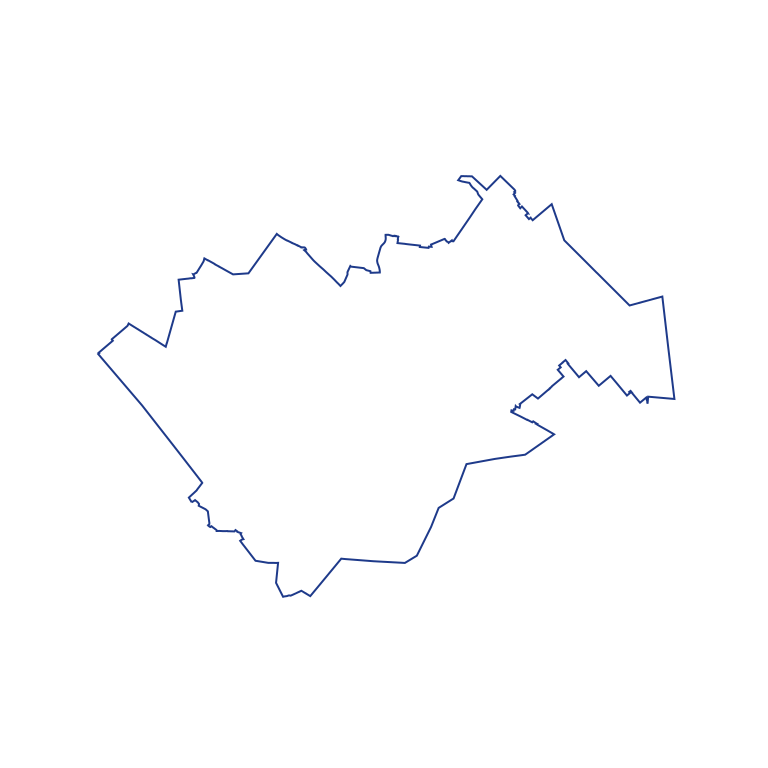 outline of Midden-Drenthe, Drenthe, Netherlands, rotated 107°
{"feature_id": "6326949B32039619343175", "entity_name": "Midden-Drenthe", "entity_type": "district", "adm_level": 2, "iso_a3": "NLD", "parent_name": "Netherlands", "parent_adm1": "Drenthe", "projection": "orthographic", "projection_center": [6.517, 52.871], "detail": "fine", "context": "isolated", "style": "outline", "palette": "blue", "viewbox_px": 768, "rotation_deg": 107, "n_neighbors": 0, "source": "geoboundaries", "source_scale": "gbopen_adm2", "svg_char_len": 5854}
<svg xmlns="http://www.w3.org/2000/svg" viewBox="0 0 768 768"><g transform="rotate(107 384 384)"><path d="M163.0,276.2L183.9,289.7L182.5,292.0L182.1,292.4L183.9,293.6L181.2,297.9L178.6,296.3L178.6,296.2L178.5,296.3L178.1,296.8L175.3,301.6L173.9,304.0L176.1,305.1L174.1,307.9L173.9,308.0L172.5,307.3L172.3,307.1L171.3,308.7L171.2,308.6L170.3,310.0L169.9,309.8L168.9,310.9L166.2,314.0L165.8,313.8L164.8,315.5L162.9,314.5L162.3,315.6L161.1,314.9L160.7,315.1L159.9,316.2L151.0,333.6L168.3,342.6L167.9,343.4L159.7,360.6L162.6,370.9L167.4,372.6L167.4,372.3L167.5,369.7L167.5,368.4L167.3,366.7L167.2,365.4L166.8,361.9L166.7,361.4L166.7,361.2L166.9,360.9L167.2,360.5L167.9,359.8L168.6,359.0L168.9,358.5L169.3,358.1L170.2,356.6L170.4,356.2L170.5,355.8L171.1,354.5L172.5,351.6L172.7,351.2L172.9,351.0L173.0,350.9L174.7,349.7L175.1,349.3L175.4,349.0L176.5,347.3L178.6,344.0L189.9,347.7L199.9,350.7L227.2,359.3L227.5,360.6L226.8,361.1L230.1,363.5L229.6,364.0L229.5,364.4L229.4,365.5L229.2,366.0L228.7,366.4L228.5,367.0L228.2,367.5L227.5,368.2L227.5,368.3L227.5,368.5L234.2,376.5L235.6,378.2L236.9,379.8L238.9,378.6L239.5,381.3L240.8,381.2L241.6,385.2L242.5,389.8L241.1,390.0L243.1,400.5L243.7,403.8L243.9,405.2L245.3,412.3L242.3,412.7L242.1,412.7L241.9,412.8L241.7,413.1L239.3,413.4L238.9,413.3L238.8,413.5L239.3,416.3L239.0,416.3L239.2,417.4L239.2,417.6L239.4,417.9L239.7,418.1L240.0,418.6L240.0,419.4L239.9,419.8L240.0,420.3L240.0,423.2L240.1,423.6L240.4,424.7L240.9,426.1L241.3,426.0L241.9,425.8L243.7,425.1L244.6,424.8L245.2,424.7L245.7,424.6L246.6,424.6L247.2,424.6L248.0,424.7L248.6,424.9L249.2,425.1L249.6,425.3L251.9,426.5L252.6,426.8L253.1,427.0L253.9,427.1L254.5,427.2L255.4,427.2L265.4,427.0L266.6,426.9L267.4,426.8L268.2,426.6L269.1,426.2L269.6,425.9L270.2,425.6L270.9,425.1L272.5,423.8L273.0,423.4L274.2,422.6L275.6,421.8L276.4,421.4L277.6,420.9L278.6,420.6L281.6,429.3L280.1,430.0L280.3,434.2L279.3,436.7L279.1,437.2L281.4,449.8L281.0,450.7L287.2,451.6L287.8,451.6L288.2,451.5L289.6,451.0L290.1,450.9L298.0,451.8L299.3,452.4L300.5,453.0L303.0,454.3L302.7,454.8L301.8,456.4L301.3,457.2L301.2,457.6L299.6,460.5L298.9,461.7L296.7,465.9L295.8,467.9L293.9,472.0L293.2,473.4L292.2,475.4L290.2,479.9L287.6,485.3L286.9,486.7L286.0,488.3L282.7,493.6L281.6,495.4L280.5,497.0L279.8,498.4L279.8,498.5L279.8,498.8L279.7,498.6L279.3,499.5L278.9,499.1L278.6,498.8L278.7,498.5L278.4,498.1L278.2,497.8L277.5,498.4L276.8,499.3L276.7,499.6L276.7,499.8L276.7,500.0L276.7,500.3L276.7,500.5L277.1,501.4L277.4,502.2L277.5,502.6L277.3,502.6L277.4,503.1L277.3,503.9L276.7,507.0L276.9,507.0L276.6,508.6L276.4,509.5L276.2,511.3L276.1,512.6L276.0,513.3L275.9,513.3L275.1,518.4L275.2,518.5L274.9,520.2L274.5,521.9L273.7,525.0L273.2,526.6L272.8,527.9L272.4,529.1L271.8,530.4L317.8,546.0L323.3,560.4L321.4,569.3L320.6,572.9L320.0,576.0L319.9,576.0L319.3,579.2L319.0,580.6L318.9,580.6L318.5,582.0L317.2,588.2L317.3,588.2L317.3,588.5L316.4,592.5L316.8,592.5L318.8,592.4L319.5,592.4L324.5,593.6L325.9,594.0L332.3,595.7L332.5,595.8L332.5,596.0L335.0,598.4L335.0,598.5L336.6,597.0L337.8,596.3L338.1,596.5L338.2,596.8L339.4,599.5L339.4,599.8L340.5,602.1L340.9,603.1L344.3,610.9L363.3,602.7L364.3,602.2L364.6,602.1L372.9,598.3L375.7,604.3L408.4,603.6L408.5,603.7L412.2,603.6L411.0,608.0L408.9,615.4L408.1,618.7L400.8,645.9L402.9,646.2L403.3,646.3L403.7,646.5L420.8,657.4L421.0,657.4L421.9,656.0L437.5,666.0L437.8,665.4L438.9,666.1L475.2,609.1L507.0,563.7L512.9,555.3L531.0,529.7L531.7,528.9L539.8,531.9L540.4,532.0L549.7,537.4L553.4,533.2L553.3,533.3L553.2,533.2L550.5,530.8L550.3,530.7L551.6,527.5L552.8,525.8L554.6,525.6L555.9,518.4L556.0,518.1L556.1,517.7L557.3,515.2L565.1,511.7L568.1,510.3L568.6,510.2L569.1,510.1L570.5,510.9L570.7,510.4L570.9,510.4L571.0,510.1L571.5,508.9L571.5,508.6L571.5,508.4L571.5,508.2L571.1,508.0L570.5,507.7L570.4,507.5L570.9,506.3L571.2,505.6L571.2,505.4L572.3,502.4L572.5,501.8L572.9,501.1L573.5,501.0L573.3,500.3L572.6,498.4L572.5,497.8L572.1,496.3L571.9,495.4L571.0,492.5L570.4,490.6L570.5,490.5L568.7,483.9L567.1,483.3L567.8,481.3L568.0,481.3L568.2,481.2L568.4,479.7L568.3,479.0L568.4,477.1L568.6,477.2L569.6,477.2L569.8,476.9L570.8,475.8L571.2,475.6L571.6,475.2L573.5,473.1L573.6,473.3L573.8,473.6L574.3,474.3L574.8,474.8L575.2,475.1L576.0,475.7L578.7,472.0L581.8,467.6L590.6,455.2L588.9,442.5L586.8,435.4L586.4,434.1L586.0,433.0L605.7,429.1L617.0,418.3L616.9,418.1L616.4,417.4L615.2,414.8L614.6,414.0L614.3,413.6L614.0,413.1L613.9,412.8L613.8,412.4L613.7,411.4L612.1,409.5L605.9,402.6L608.4,392.5L601.0,389.4L589.5,384.6L563.5,373.8L563.4,373.1L562.7,369.7L558.0,348.7L556.6,342.4L555.2,336.7L549.0,311.7L538.6,302.4L507.0,297.2L492.5,296.0L486.5,295.5L474.3,285.0L473.2,284.0L436.5,281.7L429.4,268.0L423.2,256.0L419.6,248.4L418.8,246.7L416.4,241.6L411.9,231.7L410.3,228.3L382.4,206.6L382.2,207.4L380.5,214.6L379.9,217.4L379.8,217.8L379.1,221.0L378.3,224.6L378.0,225.7L377.8,226.4L377.4,226.2L377.4,226.3L377.3,226.2L376.1,230.4L377.3,231.0L376.3,236.5L376.5,236.6L376.0,239.2L375.1,244.2L374.1,250.5L373.5,254.2L371.9,254.4L371.7,252.2L370.1,252.3L369.9,251.1L366.6,251.6L366.9,251.1L366.9,250.9L367.0,250.6L367.2,247.4L366.7,247.4L363.3,247.8L363.1,247.9L363.1,248.0L350.5,239.2L352.9,232.5L340.8,224.8L340.9,224.7L339.6,223.9L339.4,224.1L337.4,222.8L337.1,222.8L324.4,214.5L319.6,222.0L316.4,219.9L315.1,221.9L311.3,219.4L311.2,219.5L308.0,217.4L310.4,213.8L310.9,214.2L311.5,213.3L319.3,201.3L320.5,199.5L312.6,194.4L322.9,178.1L310.0,169.7L313.7,164.0L314.6,162.6L316.3,160.0L324.0,148.3L320.6,146.1L319.9,147.2L318.5,146.2L319.9,144.1L320.1,144.2L321.0,142.8L327.0,133.7L323.2,131.2L320.3,129.3L320.7,129.0L322.8,127.8L323.3,127.2L324.3,127.0L325.2,126.5L325.8,126.2L318.9,127.7L313.4,101.9L266.1,122.8L219.0,143.4L237.1,172.1L215.6,212.6L215.4,213.1L207.5,227.9L193.9,253.6L163.0,276.2Z" fill="none" stroke="#1e3a8a" stroke-width="2"/></g></svg>